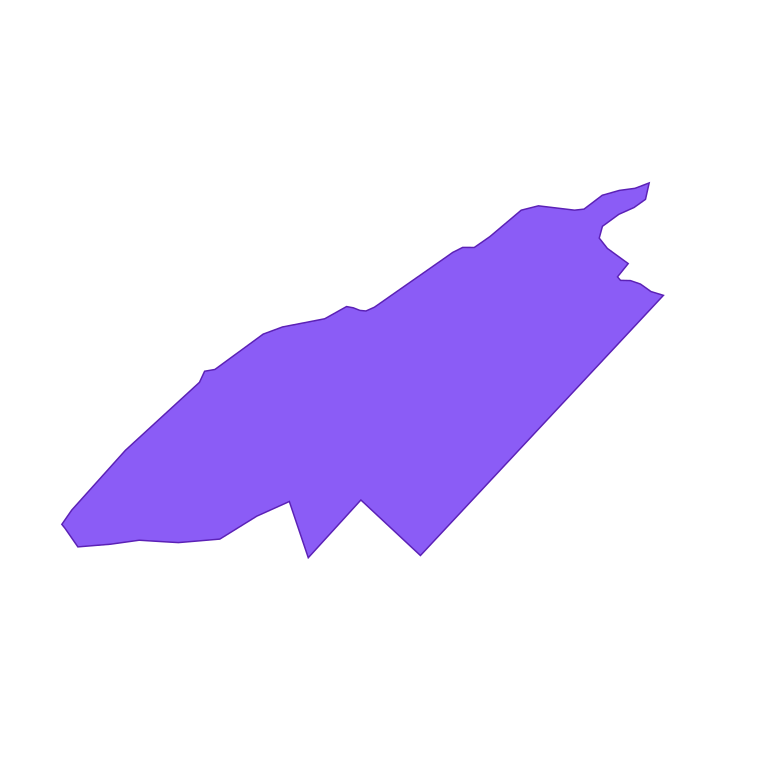 map outline of Al Wakrah (Equal Earth projection), rotated 223°
{"feature_id": "QAT-1101", "entity_name": "Al Wakrah", "entity_type": "Municipality", "adm_level": 1, "iso_a3": "QAT", "parent_name": "Qatar", "parent_adm1": "", "projection": "equal_earth", "projection_center": [51.437, 24.907], "detail": "fine", "context": "isolated", "style": "filled", "palette": "violet", "viewbox_px": 768, "rotation_deg": 223, "n_neighbors": 0, "source": "natural_earth", "source_scale": "10m", "svg_char_len": 813}
<svg xmlns="http://www.w3.org/2000/svg" viewBox="0 0 768 768"><g transform="rotate(223 384 384)"><path d="M523.9,61.6L526.4,78.9L527.9,159.2L520.1,259.4L523.9,271.0L517.6,279.3L506.4,338.1L497.1,356.6L471.9,391.2L464.2,415.1L458.4,418.8L451.8,421.4L447.0,425.1L443.4,433.6L424.5,522.2L423.5,527.1L419.6,537.6L411.1,545.4L407.1,563.9L402.2,604.7L392.6,619.6L363.2,641.1L357.0,648.3L353.1,670.9L343.9,686.1L333.9,698.3L327.2,711.9L318.7,697.4L321.5,683.6L328.0,668.2L331.8,648.3L326.1,637.5L313.1,635.5L287.5,638.6L286.3,621.6L281.7,621.1L274.3,627.7L264.6,632.0L251.8,633.7L240.1,639.4L240.4,283.4L321.8,283.4L320.9,205.3L373.1,233.5L386.9,200.6L398.3,158.6L415.3,139.8L426.2,127.8L438.5,117.6L456.5,102.8L474.6,80.5L496.8,56.1L518.9,60.9L523.9,61.6Z" fill="#8b5cf6" stroke="#5b21b6" stroke-width="1.5"/></g></svg>